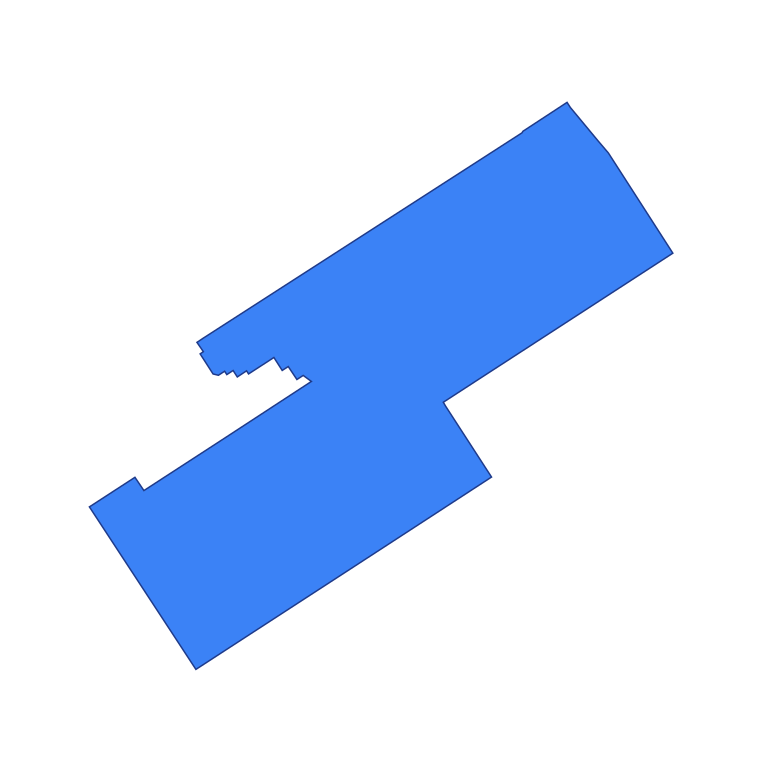 Montrose, Colorado, United States of America (Equal Earth projection), rotated 147°
{"feature_id": "52423323B36547331461438", "entity_name": "Montrose", "entity_type": "district", "adm_level": 2, "iso_a3": "USA", "parent_name": "United States of America", "parent_adm1": "Colorado", "projection": "equal_earth", "projection_center": [-108.218, 38.41], "detail": "fine", "context": "isolated", "style": "filled", "palette": "blue", "viewbox_px": 768, "rotation_deg": 147, "n_neighbors": 0, "source": "geoboundaries", "source_scale": "gbopen_adm2", "svg_char_len": 585}
<svg xmlns="http://www.w3.org/2000/svg" viewBox="0 0 768 768"><g transform="rotate(147 384 384)"><path d="M77.1,520.5L129.8,520.3L131.5,519.5L510.6,520.9L518.2,520.8L517.9,509.5L521.8,509.4L521.9,485.5L518.1,481.5L510.7,481.5L510.7,477.5L503.2,477.5L503.2,469.8L492.1,469.9L492.1,466.2L461.9,466.2L462.0,450.8L454.8,450.8L454.6,435.2L447.1,435.2L443.5,425.7L550.4,425.4L643.4,425.4L643.7,441.4L698.0,441.4L697.2,247.1L497.0,247.2L344.5,247.4L344.4,332.0L344.2,336.4L70.5,336.4L70.0,455.5L72.1,471.7L77.1,514.3L77.1,520.5Z" fill="#3b82f6" stroke="#1e3a8a" stroke-width="1.5"/></g></svg>